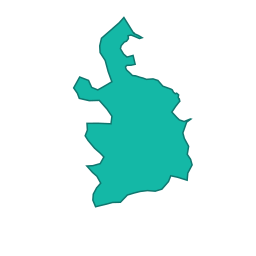 the district of Lazanias, Nicosia, Cyprus, rotated 221°
{"feature_id": "46923920B15304330642717", "entity_name": "Lazanias", "entity_type": "district", "adm_level": 2, "iso_a3": "CYP", "parent_name": "Cyprus", "parent_adm1": "Nicosia", "projection": "mercator", "projection_center": [33.218, 34.935], "detail": "fine", "context": "isolated", "style": "filled", "palette": "teal", "viewbox_px": 256, "rotation_deg": 221, "n_neighbors": 0, "source": "geoboundaries", "source_scale": "gbopen_adm2", "svg_char_len": 1535}
<svg xmlns="http://www.w3.org/2000/svg" viewBox="0 0 256 256"><g transform="rotate(221 128 128)"><path d="M184.2,118.4L175.2,123.2L167.8,130.0L156.2,128.5L147.8,126.3L143.6,120.0L153.6,112.0L162.0,104.6L157.3,99.8L155.2,94.0L149.9,92.4L139.9,90.8L132.5,90.8L127.2,90.3L125.6,82.9L129.8,76.5L134.1,72.3L125.6,71.2L119.8,71.2L112.4,68.5L112.4,62.2L110.8,55.3L107.2,50.5L100.8,47.3L98.0,51.3L94.0,56.9L90.8,61.7L85.0,67.0L84.5,77.0L80.8,82.9L77.1,88.2L72.3,93.5L66.0,98.2L62.3,104.1L62.3,114.1L64.4,120.0L58.6,123.2L49.1,127.4L53.3,133.2L55.4,142.2L60.2,145.4L66.0,147.0L70.2,153.9L78.7,157.1L83.4,160.3L87.6,170.9L86.4,176.0L86.8,175.8L89.9,169.7L94.5,167.8L98.3,168.0L105.4,168.8L105.7,171.6L106.2,175.3L106.5,180.9L106.4,182.1L108.1,183.4L108.2,183.1L110.3,184.1L111.5,186.2L114.1,186.2L114.8,184.9L117.2,184.8L119.5,185.8L120.9,185.6L122.5,185.0L129.2,182.4L136.6,183.5L141.3,181.5L146.0,176.8L149.5,175.5L152.3,174.1L156.4,172.4L159.1,170.5L164.3,170.8L166.9,170.8L169.1,171.7L170.1,172.8L169.9,174.6L166.8,177.5L164.4,180.8L171.8,186.1L174.5,182.0L175.4,180.9L179.8,180.9L185.7,182.8L187.2,185.7L187.2,190.4L186.1,192.5L186.3,195.7L188.5,197.7L186.7,200.1L184.1,201.1L178.0,203.1L176.6,205.4L179.0,205.0L181.0,204.6L185.6,203.2L185.7,203.7L186.8,203.5L203.6,208.7L203.7,201.1L203.8,200.8L205.8,186.2L206.9,178.3L203.2,171.4L198.5,166.6L189.5,164.0L180.0,157.6L170.5,152.3L173.7,142.8L175.8,136.9L182.1,134.8L189.0,138.0L197.9,134.8L195.3,122.6L189.0,121.0L184.2,118.4Z" fill="#14b8a6" stroke="#0f766e" stroke-width="1.5"/></g></svg>